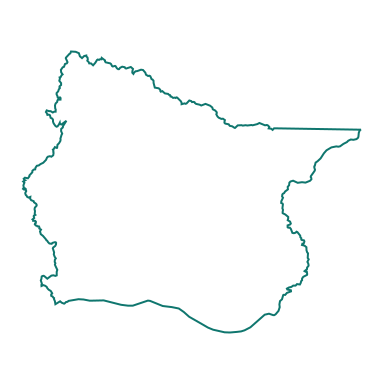 the district of Los Lagos, Neuquén, Argentina
{"feature_id": "61730980B98633333764723", "entity_name": "Los Lagos", "entity_type": "district", "adm_level": 2, "iso_a3": "ARG", "parent_name": "Argentina", "parent_adm1": "Neuquén", "projection": "albers", "projection_center": [-71.671, -40.754], "detail": "fine", "context": "isolated", "style": "outline", "palette": "teal", "viewbox_px": 384, "rotation_deg": 0, "n_neighbors": 0, "source": "geoboundaries", "source_scale": "gbopen_adm2", "svg_char_len": 5777}
<svg xmlns="http://www.w3.org/2000/svg" viewBox="0 0 384 384"><path d="M101.7,57.9L101.4,59.3L100.1,59.2L99.0,59.9L97.8,59.5L97.0,60.0L95.3,62.8L93.1,65.3L91.0,63.4L89.2,63.4L88.8,62.2L87.3,60.7L87.8,59.4L87.5,57.5L86.4,56.5L86.3,55.5L84.2,56.0L82.0,58.1L79.9,56.3L78.9,53.2L75.7,51.8L71.0,51.5L70.3,53.4L69.4,53.9L65.9,57.7L65.8,58.3L67.5,62.1L66.9,63.3L65.0,64.0L64.0,66.8L62.7,67.3L60.9,69.9L61.2,72.4L62.6,74.4L61.6,75.2L60.6,77.1L59.6,77.4L59.9,78.6L59.3,80.8L61.1,83.1L61.1,85.0L59.6,86.3L59.4,87.1L59.9,88.0L58.8,89.4L58.2,91.3L56.6,93.1L56.6,94.4L57.4,96.0L57.7,97.5L58.2,97.8L60.0,97.4L60.6,98.1L60.5,99.6L57.9,99.7L57.4,100.5L57.2,101.9L55.6,103.5L55.0,105.4L55.2,108.4L55.7,109.5L55.6,111.7L54.2,111.7L52.8,112.5L50.7,111.2L48.8,111.1L46.7,110.4L45.9,112.0L46.9,113.3L47.4,114.9L48.8,114.6L50.0,115.3L50.6,117.8L52.3,118.6L53.0,119.8L53.0,121.6L53.6,123.3L55.3,125.8L56.5,126.7L57.5,126.4L58.8,124.7L59.8,122.7L60.0,124.0L61.4,124.5L66.4,120.8L63.0,126.1L62.8,127.5L61.2,128.9L61.1,131.1L62.2,133.7L61.6,134.7L60.4,138.7L60.6,139.8L60.3,141.1L58.9,143.4L57.5,144.7L57.1,147.8L56.5,147.9L54.9,147.1L53.7,149.1L52.9,149.6L53.5,151.1L53.2,151.9L53.6,152.9L53.2,155.3L51.4,156.7L49.9,156.2L47.9,156.7L47.0,157.6L46.0,159.9L43.2,162.8L40.5,164.1L38.8,165.4L36.8,165.8L35.5,167.7L35.2,169.4L33.7,169.6L32.4,170.8L32.3,172.3L29.4,175.4L29.4,176.4L27.9,178.3L24.9,177.7L23.7,178.8L24.3,179.8L25.2,180.3L23.2,181.5L24.4,182.7L23.4,185.3L23.8,187.6L23.0,188.8L23.8,189.4L25.0,188.4L25.8,189.1L25.5,190.1L26.1,190.5L26.2,191.2L25.3,192.8L25.3,193.6L25.8,195.0L26.5,195.5L27.0,196.7L28.5,197.6L30.3,196.9L30.1,198.4L30.4,199.1L31.2,200.2L33.7,201.2L34.0,202.3L36.2,203.9L36.7,205.0L36.6,205.7L34.9,207.6L34.6,208.8L34.6,209.7L35.0,211.0L34.7,214.1L35.4,214.9L33.8,215.8L33.7,216.3L34.2,218.0L32.5,219.4L33.3,220.2L33.2,220.8L35.2,220.9L35.9,221.7L35.8,223.0L35.1,223.3L34.8,224.3L35.8,225.5L36.8,225.7L37.4,226.4L38.9,226.4L39.5,227.5L39.3,228.5L41.0,229.6L40.0,231.4L40.8,234.2L42.9,235.8L45.9,239.3L46.4,240.3L47.1,240.6L48.1,242.2L49.4,243.5L51.7,243.8L52.4,242.9L54.9,242.2L55.7,242.3L56.1,242.8L56.0,244.4L55.2,246.0L53.2,247.5L52.8,248.3L54.1,252.4L53.8,254.4L54.7,256.8L55.8,258.4L54.9,259.7L54.7,261.9L55.4,263.2L54.9,264.5L55.1,265.2L57.3,269.9L56.7,271.8L56.7,275.4L55.4,275.9L53.4,275.3L51.4,275.6L47.3,278.7L44.5,276.3L43.7,275.8L42.5,276.0L41.7,276.5L41.4,278.9L40.8,280.4L41.9,283.7L41.4,284.9L41.5,286.0L43.3,285.1L45.2,285.8L46.7,286.9L47.4,288.3L48.7,289.7L50.7,290.9L52.1,293.1L52.2,293.5L51.2,294.4L51.2,295.8L52.7,296.6L53.2,297.5L54.1,298.1L54.0,299.1L54.9,301.2L55.4,304.2L60.1,301.3L61.7,302.7L63.9,303.6L64.4,303.6L66.1,302.0L67.5,301.8L68.5,300.9L78.5,299.2L83.5,299.5L89.8,300.7L103.7,300.4L121.1,304.8L128.3,305.7L132.7,305.7L147.9,300.6L150.1,300.9L162.7,306.0L171.8,307.1L178.8,308.5L183.8,312.0L189.2,316.8L208.0,327.6L213.1,329.7L224.6,332.3L229.9,332.5L236.9,331.9L241.1,331.4L244.6,330.3L250.4,327.3L264.7,314.7L269.0,313.7L273.1,315.1L274.3,315.1L275.6,314.3L278.5,310.9L279.7,307.2L279.4,304.4L280.0,301.1L282.0,299.3L283.2,295.1L283.7,294.8L285.2,294.9L286.9,292.9L291.0,291.4L290.9,290.3L287.3,289.5L286.9,288.6L288.9,287.5L291.4,286.9L293.2,285.6L295.6,285.6L297.0,284.1L299.9,284.5L300.7,283.0L301.2,281.1L302.1,280.2L302.0,278.9L302.7,277.5L303.5,276.7L307.0,274.9L307.2,274.1L306.8,271.7L305.7,271.8L304.6,271.1L307.0,269.1L307.1,267.5L308.4,266.0L308.6,265.2L308.2,263.4L307.4,261.9L308.7,259.3L307.7,257.9L308.0,253.3L307.2,252.4L306.5,250.3L306.4,247.2L304.6,245.7L302.0,245.0L302.4,243.7L303.4,243.7L303.9,243.1L304.4,241.5L304.2,240.8L303.9,240.3L302.0,240.1L301.3,239.6L301.3,238.2L300.4,237.3L300.2,235.6L297.4,232.1L296.5,231.7L295.6,232.7L293.9,233.2L292.4,232.9L290.8,228.8L289.8,227.7L288.2,227.7L287.6,227.2L287.6,225.4L290.1,224.5L290.8,223.6L290.1,221.6L287.7,220.2L288.2,218.5L288.2,216.9L285.3,214.5L282.7,213.2L282.6,212.1L283.0,209.9L282.4,208.3L282.9,204.4L282.6,203.6L281.2,203.0L281.3,201.3L283.0,197.7L282.1,196.5L282.3,194.6L282.8,193.8L284.1,193.1L285.1,191.5L287.9,189.4L287.7,186.9L289.1,185.2L289.4,182.6L290.5,181.5L293.1,180.7L297.7,182.8L302.0,182.2L305.5,182.6L310.0,180.8L311.4,179.3L311.3,178.0L310.7,177.0L310.9,176.1L314.6,170.9L315.0,169.8L314.3,167.5L314.3,166.3L314.8,165.8L315.6,162.6L317.5,161.3L320.6,158.4L323.9,153.3L326.5,150.3L331.4,147.4L336.3,146.4L338.3,146.7L340.1,146.3L343.4,143.9L346.9,142.1L348.3,140.7L350.8,139.5L353.5,139.8L356.5,139.1L358.0,137.8L358.4,136.8L358.8,132.7L359.8,130.2L361.0,129.7L274.1,128.3L272.6,129.9L271.1,128.7L268.7,128.4L269.3,126.9L268.0,125.5L266.9,125.0L265.0,125.3L259.4,123.0L257.3,124.1L252.6,125.3L251.5,125.0L247.4,125.5L245.6,125.2L242.8,125.6L241.5,125.2L237.7,125.4L235.1,127.9L234.6,127.9L232.2,126.3L229.7,125.8L228.7,124.3L225.3,123.6L224.6,123.0L224.4,122.2L224.9,120.1L222.9,118.7L221.4,118.9L218.7,117.7L217.5,116.5L216.3,114.3L216.8,113.0L216.7,112.2L215.2,110.5L212.8,109.3L212.3,107.5L210.1,105.7L205.5,103.9L201.2,105.5L199.7,104.7L196.1,103.9L194.8,102.9L194.5,102.2L193.7,101.9L192.0,102.1L191.3,101.1L189.3,100.5L186.5,103.5L185.5,103.8L184.6,103.4L181.6,104.2L181.6,102.8L180.9,101.3L177.2,97.6L176.6,97.4L175.7,98.0L175.0,97.6L173.1,97.9L171.1,96.4L170.5,96.5L170.0,95.1L168.8,94.7L168.1,93.9L164.9,93.4L162.3,91.1L160.8,91.7L160.4,91.2L160.2,89.7L158.7,88.3L154.8,87.6L153.6,83.0L153.5,80.7L152.5,79.5L151.6,79.2L150.3,76.2L149.3,75.7L148.1,76.0L146.0,74.7L145.3,72.6L143.0,70.0L141.0,69.7L137.2,71.1L135.5,71.3L134.1,72.6L133.4,73.9L132.3,72.7L132.4,71.1L133.0,68.9L130.8,67.0L126.2,68.5L125.4,68.3L124.7,67.2L122.2,66.7L120.1,67.8L119.1,69.1L118.2,69.2L116.9,68.3L115.6,66.2L115.0,65.9L112.8,66.5L112.1,66.1L111.0,64.0L110.3,63.4L105.6,62.3L105.0,61.3L105.0,60.4L101.7,57.9Z" fill="none" stroke="#0f766e" stroke-width="2"/></svg>